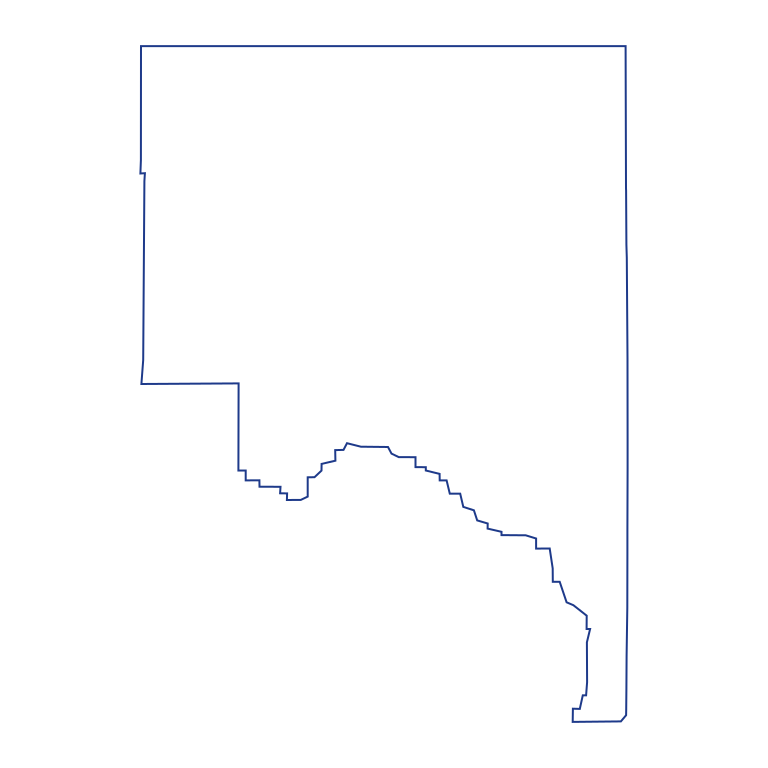 outline of Lassen, California, United States of America
{"feature_id": "52423323B86430023400928", "entity_name": "Lassen", "entity_type": "district", "adm_level": 2, "iso_a3": "USA", "parent_name": "United States of America", "parent_adm1": "California", "projection": "natural_earth1", "projection_center": [-120.457, 40.446], "detail": "fine", "context": "isolated", "style": "outline", "palette": "blue", "viewbox_px": 768, "rotation_deg": 0, "n_neighbors": 0, "source": "geoboundaries", "source_scale": "gbopen_adm2", "svg_char_len": 1204}
<svg xmlns="http://www.w3.org/2000/svg" viewBox="0 0 768 768"><path d="M626.1,715.2L626.2,709.8L626.4,688.8L626.4,688.4L626.6,656.0L627.3,607.9L627.4,555.0L627.4,552.6L627.4,546.0L627.4,530.1L627.6,467.7L627.6,467.2L627.6,440.8L627.6,440.5L627.5,359.0L626.8,257.8L626.4,244.6L626.1,191.5L626.1,190.8L626.0,188.2L625.6,46.1L443.1,46.1L141.0,46.1L140.9,160.1L140.4,173.5L144.9,173.2L144.4,181.1L143.2,360.1L141.4,384.0L238.6,383.4L238.4,470.5L245.7,470.5L245.7,480.4L259.4,480.3L259.5,486.7L280.5,486.8L280.1,493.3L287.1,493.4L286.9,500.0L300.8,499.9L307.7,496.6L307.7,477.3L314.5,477.2L321.5,470.6L321.6,463.9L335.4,460.7L335.2,450.1L343.5,449.9L347.0,443.2L360.9,446.7L388.0,447.0L391.5,453.6L398.7,457.1L415.5,457.2L415.5,467.1L425.8,467.2L425.8,470.5L439.6,473.9L439.7,480.4L446.6,480.4L449.8,493.7L460.2,493.7L463.3,506.9L473.9,510.3L477.2,520.4L487.7,523.5L487.6,528.6L501.5,531.8L501.5,535.1L525.7,535.3L536.1,538.5L536.1,548.6L549.7,548.5L552.7,568.4L552.8,581.8L559.7,581.8L566.6,602.3L573.4,605.2L586.7,615.7L586.6,629.0L590.1,629.0L586.9,642.3L587.1,682.2L586.1,695.3L582.8,695.3L579.8,708.9L572.9,708.7L572.7,721.9L620.9,721.4L626.1,715.2Z" fill="none" stroke="#1e3a8a" stroke-width="2"/></svg>